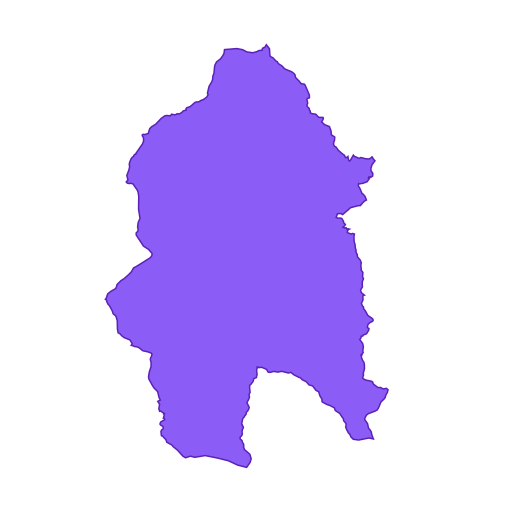 Blajeni, Hunedoara, Romania (Equal Earth projection), rotated 186°
{"feature_id": "2599482B17947676185941", "entity_name": "Blajeni", "entity_type": "district", "adm_level": 2, "iso_a3": "ROU", "parent_name": "Romania", "parent_adm1": "Hunedoara", "projection": "equal_earth", "projection_center": [22.889, 46.263], "detail": "fine", "context": "isolated", "style": "filled", "palette": "violet", "viewbox_px": 512, "rotation_deg": 186, "n_neighbors": 0, "source": "geoboundaries", "source_scale": "gbopen_adm2", "svg_char_len": 6078}
<svg xmlns="http://www.w3.org/2000/svg" viewBox="0 0 512 512"><g transform="rotate(186 256 256)"><path d="M391.5,335.8L391.6,333.5L391.0,331.7L391.4,328.3L392.9,322.6L391.3,318.1L392.8,316.3L392.7,315.9L391.4,314.9L389.7,314.8L388.1,315.2L385.8,314.8L380.6,308.6L379.7,306.4L378.8,302.6L377.7,290.3L375.3,281.3L376.7,276.9L376.8,272.4L376.0,270.3L376.1,268.3L377.6,266.4L377.3,264.3L369.0,254.1L363.5,251.3L359.6,247.6L359.6,245.8L360.1,244.5L361.4,242.9L374.0,233.0L376.5,231.4L378.4,227.1L380.8,224.1L384.7,219.8L387.7,217.4L391.1,213.3L391.9,209.6L392.5,208.7L396.5,205.8L399.5,202.9L400.7,197.8L401.3,197.3L400.1,196.4L399.3,194.4L397.9,192.3L396.6,191.3L393.3,186.5L392.0,183.6L389.3,181.8L388.8,181.0L387.2,177.1L386.2,169.0L385.1,165.2L383.4,164.6L381.0,162.5L378.5,161.0L372.7,159.4L369.9,155.9L370.8,154.2L366.7,153.2L364.5,153.2L362.1,152.2L358.9,150.0L353.2,149.3L349.9,148.4L349.2,147.5L349.5,145.3L350.2,143.4L350.3,141.9L349.2,139.2L348.8,135.1L350.0,129.5L350.3,124.6L349.6,122.3L345.5,116.4L343.5,114.0L339.6,110.8L337.6,105.0L336.1,102.7L338.5,101.2L336.4,98.4L336.7,93.8L335.6,91.5L334.9,91.9L330.7,89.7L331.3,89.3L330.6,88.1L331.2,85.1L330.4,85.1L329.7,83.6L333.2,81.2L333.9,79.7L333.8,78.5L332.6,77.5L331.3,77.2L330.1,75.4L330.3,74.4L331.7,73.1L332.2,71.5L331.3,67.4L329.8,67.0L328.6,65.7L326.4,63.9L325.3,61.5L319.9,59.2L318.4,57.7L313.8,54.7L307.8,49.3L305.1,48.0L300.2,50.1L295.9,49.4L285.7,52.2L273.9,51.1L262.2,49.5L252.3,46.1L243.2,44.8L240.3,50.1L239.6,53.8L241.1,57.6L241.8,58.5L247.1,62.2L248.5,64.8L248.2,65.4L248.8,67.9L249.8,68.9L250.7,71.1L252.5,72.2L252.8,73.6L252.8,74.3L251.7,75.4L250.9,77.4L251.6,79.9L251.3,81.1L251.5,81.8L250.6,83.8L251.0,85.2L251.9,85.8L251.9,86.6L252.7,87.5L252.3,92.0L251.8,93.6L250.7,94.9L250.6,95.8L249.4,97.3L249.2,99.6L247.8,101.5L246.9,104.3L247.1,105.1L249.7,109.2L248.3,112.7L247.7,115.0L248.5,117.4L247.6,119.7L248.5,123.9L248.8,126.6L247.4,128.2L245.8,131.0L245.4,133.5L244.6,134.3L243.0,135.0L242.8,135.6L242.8,137.0L242.5,138.0L243.5,142.7L243.1,144.4L243.2,145.8L241.5,145.3L238.6,145.9L234.7,144.7L233.7,144.3L231.8,141.8L231.2,141.7L229.5,141.8L226.3,143.1L222.2,142.8L218.3,144.0L211.6,143.0L209.2,143.9L205.9,141.8L200.4,139.7L199.1,139.5L197.3,137.9L192.7,136.1L189.9,133.4L186.1,132.7L182.3,128.6L179.5,127.6L177.9,123.7L175.4,120.4L175.2,118.3L174.7,117.7L169.9,115.7L167.0,115.1L162.2,113.2L161.0,110.6L156.3,108.2L153.2,104.4L152.2,103.6L151.6,101.3L149.0,98.8L148.7,96.8L149.0,95.4L147.2,91.9L146.6,91.5L145.7,89.7L144.1,88.5L142.7,86.0L140.1,83.9L134.7,83.7L124.6,86.8L120.1,86.3L122.0,90.0L123.0,93.1L124.2,94.8L126.1,96.6L127.6,101.1L130.7,104.6L130.9,105.6L129.6,109.2L127.7,111.0L121.1,114.3L119.3,115.7L118.3,117.7L116.5,123.8L113.5,127.4L112.7,128.9L112.4,131.0L111.1,134.1L110.7,136.8L112.5,138.0L115.5,137.1L118.6,138.3L120.9,137.9L125.7,140.8L126.5,141.8L126.6,142.7L127.9,143.5L133.8,144.1L136.6,145.2L137.2,146.1L136.6,149.1L137.1,150.5L136.3,155.1L136.8,159.1L137.6,161.6L139.0,163.3L140.3,165.6L140.8,167.6L140.6,168.1L141.2,168.4L141.1,168.9L140.2,169.1L140.1,170.2L139.3,171.0L139.9,173.1L139.7,176.9L140.8,180.2L144.1,183.8L143.1,185.4L142.9,187.3L141.5,187.5L140.9,188.8L138.6,189.7L137.7,190.7L136.1,194.1L136.1,195.7L137.8,196.5L137.5,199.6L135.8,201.6L133.4,203.1L132.9,203.8L132.8,204.6L133.6,205.9L138.6,208.6L141.5,212.9L143.0,214.3L143.5,215.1L143.7,216.4L144.9,217.5L146.2,219.8L145.0,223.6L145.5,227.2L145.3,227.9L144.1,228.4L147.1,230.3L148.4,232.4L148.2,233.6L146.9,236.4L147.4,239.0L147.5,242.0L146.7,244.6L147.8,246.3L148.0,250.9L150.0,253.0L150.0,254.8L150.4,255.7L150.8,259.0L150.5,260.1L151.9,262.8L154.9,265.7L155.2,266.3L155.5,268.3L156.4,269.3L157.1,270.9L157.0,271.9L158.1,274.6L158.7,277.8L159.9,280.6L160.6,285.2L160.4,288.2L162.5,288.5L163.4,287.8L167.6,288.8L167.7,289.6L167.1,291.8L166.0,292.5L167.3,292.7L168.2,292.0L169.3,293.5L170.7,293.2L172.5,293.7L170.9,295.5L170.4,296.7L172.3,298.3L172.7,299.8L174.5,302.2L175.6,302.6L178.6,302.2L180.3,302.7L179.4,306.6L175.5,307.1L174.5,306.2L174.1,306.3L166.9,314.0L159.7,316.7L157.5,317.0L155.1,320.5L153.4,322.3L152.0,323.2L153.8,326.7L156.0,328.8L157.1,329.3L159.8,334.2L161.4,336.2L161.6,337.2L161.5,338.7L160.8,338.5L157.2,339.5L153.2,341.5L151.4,344.8L152.3,345.1L152.2,346.3L151.7,346.5L151.0,346.0L150.5,346.8L149.7,346.5L148.3,347.7L148.5,350.4L150.5,352.8L150.9,355.1L150.1,359.0L147.6,363.1L149.5,364.8L150.7,366.6L151.0,366.7L151.0,366.3L153.7,364.3L157.1,364.2L162.0,364.9L163.6,363.9L168.8,365.5L169.7,366.5L172.3,360.7L173.0,360.2L173.5,360.4L174.1,361.5L175.0,364.6L176.0,363.5L177.4,363.3L178.5,365.4L180.9,366.7L185.0,369.6L188.0,372.9L189.4,373.3L190.5,375.0L190.6,376.8L190.0,379.4L190.1,382.5L193.8,384.5L194.4,388.1L196.5,392.4L201.5,393.8L204.7,396.2L203.6,398.7L203.4,400.1L203.8,400.8L208.2,400.5L211.4,403.3L214.9,403.4L216.9,404.0L217.2,405.8L218.2,406.8L218.2,407.6L218.5,408.3L220.5,409.9L221.1,411.2L220.6,413.6L221.8,417.1L221.3,418.0L219.4,418.9L219.8,421.8L225.1,431.2L226.0,432.0L228.7,432.1L229.7,432.6L231.3,434.4L234.7,437.1L235.6,438.3L236.1,440.2L237.2,441.4L239.7,442.9L247.0,445.1L250.1,447.8L253.8,449.6L255.3,451.6L256.7,452.1L259.7,454.8L262.5,455.9L263.1,456.9L264.3,463.6L267.8,467.2L269.0,464.6L269.9,464.2L270.2,463.7L270.9,463.6L271.5,462.3L271.4,461.2L274.5,460.7L276.5,459.3L280.5,457.8L286.3,458.0L290.9,459.8L296.7,460.3L308.9,458.0L309.0,454.3L309.9,451.9L311.8,448.5L315.5,444.9L316.6,442.2L317.0,440.3L316.9,433.2L317.7,430.6L317.6,427.2L318.1,424.9L320.4,419.9L321.3,413.1L321.1,412.3L320.5,411.6L321.5,409.0L324.4,406.3L327.4,404.7L329.2,403.2L331.4,403.0L332.8,402.3L337.2,397.6L340.3,396.3L341.1,394.9L340.7,393.8L343.5,392.7L344.8,391.0L347.2,389.2L349.3,389.3L349.8,388.7L351.6,387.9L354.8,388.2L355.8,386.5L359.6,386.4L361.4,385.8L364.6,383.0L369.6,376.5L373.3,373.7L375.0,371.6L376.0,366.6L379.1,365.2L381.1,365.2L381.8,364.4L381.6,363.6L380.4,362.1L380.0,360.4L379.9,358.1L380.7,355.4L386.1,345.6L385.9,345.1L387.5,344.1L388.0,343.2L388.0,342.5L389.5,341.1L390.4,339.5L391.5,335.8Z" fill="#8b5cf6" stroke="#5b21b6" stroke-width="1.5"/></g></svg>